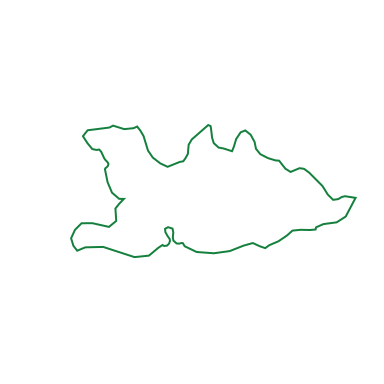 SVG path tracing the border of Oubritenga, rotated 143°
{"feature_id": "BFA-2816", "entity_name": "Oubritenga", "entity_type": "Province", "adm_level": 1, "iso_a3": "BFA", "parent_name": "Burkina Faso", "parent_adm1": "", "projection": "natural_earth1", "projection_center": [-1.281, 12.591], "detail": "fine", "context": "isolated", "style": "outline", "palette": "green", "viewbox_px": 384, "rotation_deg": 143, "n_neighbors": 0, "source": "natural_earth", "source_scale": "10m", "svg_char_len": 1595}
<svg xmlns="http://www.w3.org/2000/svg" viewBox="0 0 384 384"><g transform="rotate(143 192 192)"><path d="M299.0,233.5L290.3,227.0L279.3,214.1L269.9,214.5L263.1,224.9L257.3,226.4L250.6,227.5L254.3,230.4L256.3,239.6L253.5,250.7L247.8,262.6L246.8,263.1L245.1,263.1L243.3,263.5L241.8,264.8L241.5,266.4L241.9,270.2L241.8,271.9L240.3,278.7L240.6,281.8L242.9,283.0L245.8,286.3L246.1,293.8L245.6,301.2L245.5,302.2L238.2,304.1L219.2,293.2L215.1,292.5L208.3,283.0L200.2,278.1L196.4,277.3L196.3,272.0L197.0,265.9L202.2,251.6L202.6,243.1L200.1,233.9L196.3,226.8L183.7,223.4L180.5,221.8L176.9,222.9L172.4,224.9L166.3,231.7L160.6,234.1L138.8,235.7L137.5,233.6L138.3,231.8L143.4,223.0L145.2,217.9L144.0,211.5L140.4,207.5L135.5,200.5L131.4,202.9L124.9,207.7L117.2,210.4L112.4,209.1L110.7,202.4L111.9,194.3L114.9,188.0L114.7,181.1L110.9,173.3L106.4,167.1L103.6,164.6L103.4,154.4L101.2,148.7L91.8,146.3L88.6,143.1L86.8,137.1L84.2,118.2L85.1,108.3L84.0,100.8L79.4,98.3L75.5,97.9L72.4,96.6L64.9,88.9L84.0,79.9L94.7,80.7L106.4,87.3L114.1,89.1L115.9,87.7L120.6,90.6L128.1,96.5L135.0,100.7L142.4,100.1L152.5,100.6L162.3,103.0L167.3,103.1L170.6,108.0L174.1,114.6L183.0,118.1L197.4,122.1L211.4,129.9L224.4,141.3L230.5,153.1L230.1,156.6L231.1,157.6L233.2,158.4L235.3,160.2L236.1,164.4L234.4,167.6L231.3,170.9L229.6,174.5L232.3,178.3L235.7,178.8L237.4,176.0L238.0,171.6L238.1,167.9L239.1,166.1L241.4,164.6L244.2,164.2L246.8,165.7L247.4,167.4L252.4,167.7L264.7,167.1L277.1,174.6L296.0,201.6L310.5,212.0L319.0,214.2L319.1,220.4L316.4,227.8L308.2,232.2L299.0,233.5Z" fill="none" stroke="#15803d" stroke-width="2"/></g></svg>